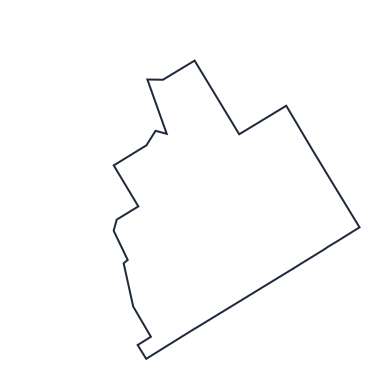 the district of Catoosa, Georgia, United States of America, rotated 149°
{"feature_id": "52423323B32210031675876", "entity_name": "Catoosa", "entity_type": "district", "adm_level": 2, "iso_a3": "USA", "parent_name": "United States of America", "parent_adm1": "Georgia", "projection": "natural_earth1", "projection_center": [-85.131, 34.878], "detail": "fine", "context": "isolated", "style": "outline", "palette": "slate", "viewbox_px": 384, "rotation_deg": 149, "n_neighbors": 0, "source": "geoboundaries", "source_scale": "gbopen_adm2", "svg_char_len": 539}
<svg xmlns="http://www.w3.org/2000/svg" viewBox="0 0 384 384"><g transform="rotate(149 192 192)"><path d="M317.2,72.6L259.9,73.5L259.8,73.4L140.9,74.3L136.2,74.4L109.2,74.7L108.1,74.7L105.7,74.8L104.6,75.0L97.1,75.0L92.5,75.0L75.5,75.3L66.6,75.4L67.0,138.0L67.1,166.6L66.8,217.4L121.8,217.2L122.1,303.3L159.1,303.2L172.3,311.4L183.7,254.9L191.7,263.2L207.0,255.5L245.4,255.1L245.4,207.3L270.8,207.1L279.1,199.1L282.1,166.9L287.3,166.1L301.4,124.1L301.8,89.1L317.4,88.8L317.2,72.6Z" fill="none" stroke="#1e293b" stroke-width="2"/></g></svg>